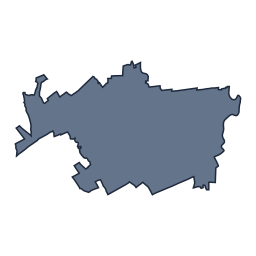 the district of Probota, Iasi, Romania
{"feature_id": "2599482B12460610774115", "entity_name": "Probota", "entity_type": "district", "adm_level": 2, "iso_a3": "ROU", "parent_name": "Romania", "parent_adm1": "Iasi", "projection": "orthographic", "projection_center": [27.465, 47.391], "detail": "fine", "context": "isolated", "style": "filled", "palette": "slate", "viewbox_px": 256, "rotation_deg": 0, "n_neighbors": 0, "source": "geoboundaries", "source_scale": "gbopen_adm2", "svg_char_len": 5561}
<svg xmlns="http://www.w3.org/2000/svg" viewBox="0 0 256 256"><path d="M92.9,76.5L77.9,91.0L76.6,91.8L75.3,92.9L73.7,93.8L72.9,94.5L71.1,95.6L69.7,94.6L68.2,93.9L68.0,93.7L67.4,92.8L66.3,92.1L63.5,94.3L61.4,95.7L59.9,97.0L59.3,96.2L58.2,94.1L56.6,91.5L54.5,92.8L47.3,98.6L48.3,100.6L46.6,101.8L44.6,103.4L44.1,103.3L43.5,102.8L43.3,102.4L42.6,100.9L41.5,98.3L39.4,95.8L39.5,94.0L39.4,92.6L40.5,87.9L40.4,87.7L40.6,86.8L40.9,84.4L41.3,82.7L41.6,82.4L43.4,81.5L44.6,80.4L45.2,80.0L46.2,79.4L47.3,79.0L47.1,78.8L43.8,74.8L36.2,77.9L36.1,79.7L35.7,81.5L36.3,81.5L36.5,81.6L37.9,83.3L37.4,85.0L37.3,86.1L36.7,87.9L36.6,88.5L36.4,88.5L36.1,89.0L35.5,90.7L34.9,93.2L34.0,95.3L32.9,94.9L32.5,94.7L32.2,94.7L30.5,94.9L29.6,95.2L29.1,95.6L27.8,95.1L26.1,94.7L25.5,94.3L25.1,93.7L24.9,92.6L23.8,92.4L23.1,92.8L22.9,93.1L23.1,93.9L23.7,96.0L24.4,99.4L24.5,100.6L24.5,101.2L24.3,101.9L24.1,102.3L23.9,102.5L24.7,103.4L24.9,103.9L25.0,104.2L24.8,105.3L25.1,106.4L26.2,108.4L26.2,108.7L26.0,110.1L26.1,110.5L26.3,111.3L28.0,114.5L28.9,116.8L29.7,119.5L30.4,122.2L31.0,125.3L30.9,127.8L30.7,129.6L30.7,130.0L31.2,131.4L31.2,132.1L31.1,133.7L30.9,134.3L31.0,134.9L31.1,135.8L28.8,133.8L21.8,128.2L19.5,125.8L19.3,125.8L19.2,126.1L18.6,126.5L16.2,128.1L24.6,139.0L15.4,143.8L15.4,144.2L15.9,145.9L15.9,148.2L16.2,149.0L16.8,150.0L16.9,150.5L17.0,151.8L17.1,152.0L16.8,152.5L16.8,154.6L16.5,155.5L16.5,156.1L17.1,155.6L18.4,154.3L21.7,152.0L24.7,149.7L28.4,146.6L37.3,140.5L37.7,139.8L39.2,138.6L46.4,134.7L46.9,134.4L47.5,134.1L48.5,133.3L49.4,132.8L50.0,132.3L51.6,131.7L52.8,131.0L53.2,131.7L53.3,132.2L53.9,133.1L54.0,133.4L54.0,133.9L53.9,134.1L54.0,135.1L54.0,135.6L54.2,136.6L60.6,134.1L60.8,134.9L67.3,132.0L67.6,132.1L69.9,135.7L70.1,136.4L70.3,138.4L70.5,138.9L73.2,139.1L75.0,138.2L74.9,139.1L74.9,140.8L76.2,142.3L77.7,142.3L78.2,142.9L78.3,143.5L78.0,145.1L77.5,146.4L78.4,148.2L78.9,147.9L78.5,146.9L79.6,146.8L80.6,146.5L80.8,146.5L81.0,146.9L81.0,147.4L80.8,147.4L80.8,147.5L80.9,147.9L80.0,149.0L79.6,149.3L79.5,149.5L79.4,149.8L79.9,151.3L79.7,151.6L79.9,152.3L80.1,152.9L81.3,154.6L81.5,155.0L82.0,155.6L82.9,156.3L83.3,157.2L83.9,157.6L84.6,158.0L85.4,158.2L86.2,158.0L86.7,158.2L87.0,158.4L87.5,158.9L88.3,160.6L88.7,161.1L89.3,161.4L90.0,162.1L90.2,163.9L90.6,164.6L88.0,166.9L88.2,167.4L88.0,167.7L87.3,167.9L87.1,167.9L86.1,168.9L85.5,168.9L85.2,168.7L84.1,167.4L82.5,166.2L81.7,165.3L80.4,164.2L79.6,162.9L79.2,162.5L74.2,165.7L79.2,173.3L72.3,177.0L74.5,179.9L76.6,183.0L79.0,186.7L79.5,187.6L79.8,188.5L81.6,188.8L83.0,190.1L83.9,190.7L87.6,192.0L88.6,192.2L88.8,192.3L89.9,191.5L90.2,191.4L90.9,190.7L93.0,189.7L98.5,187.7L97.0,184.7L96.6,184.2L95.3,181.7L98.4,180.2L100.6,179.8L102.7,184.4L103.3,186.0L103.5,186.4L104.2,187.0L104.5,187.3L105.7,189.2L106.1,190.6L106.3,191.5L107.2,192.9L107.6,194.1L107.9,194.6L125.4,184.8L128.6,182.8L129.2,181.9L129.4,181.9L134.5,185.4L136.1,187.5L138.4,185.6L142.9,182.3L143.9,183.3L148.3,187.1L149.7,189.6L150.7,191.4L151.4,192.7L151.9,193.8L152.4,194.7L155.1,193.2L173.6,185.5L178.8,183.1L187.8,179.3L191.5,177.5L193.8,176.6L194.2,179.3L194.4,180.2L194.6,181.4L194.7,183.0L194.1,185.5L193.3,187.9L194.1,187.8L197.1,186.7L199.2,186.7L200.6,186.9L201.0,188.2L201.5,188.2L203.1,187.7L203.1,185.2L204.7,185.2L205.3,186.8L205.7,188.0L206.6,189.8L206.8,189.8L208.8,189.8L208.8,182.4L209.5,182.2L215.3,182.5L215.8,168.1L216.4,167.4L218.0,166.4L218.3,166.0L218.3,165.4L217.2,163.2L216.7,161.8L216.0,160.6L214.4,157.4L214.3,157.0L214.3,156.7L218.7,155.0L219.0,154.7L219.5,154.4L220.5,153.9L222.7,152.1L224.0,150.7L223.5,149.5L222.0,148.1L221.4,146.9L221.5,146.0L221.8,145.3L222.5,144.4L223.3,143.8L224.1,142.8L224.3,142.5L224.4,141.7L224.4,140.9L224.2,140.2L222.8,137.6L222.4,136.0L222.4,134.6L223.3,131.4L223.6,129.8L223.7,128.5L223.5,126.5L223.4,124.7L223.5,122.9L223.9,121.5L224.2,120.8L224.9,119.9L226.4,118.4L229.5,115.6L230.9,114.8L231.7,114.5L232.8,114.5L234.5,115.3L235.7,115.6L236.7,115.5L237.2,115.3L237.6,114.9L238.2,113.9L238.8,112.8L239.0,111.8L239.1,108.5L239.5,104.9L240.0,103.3L240.2,102.3L240.3,100.6L240.6,99.1L240.6,98.3L240.2,97.2L239.0,95.7L238.6,95.4L238.3,95.3L237.7,95.5L237.5,95.9L236.7,97.8L235.7,99.1L234.6,99.6L233.5,99.7L231.8,99.1L230.1,97.3L229.3,95.7L228.8,93.5L228.8,92.2L229.0,89.7L229.3,86.5L227.4,86.5L227.3,87.1L225.6,87.4L225.6,88.3L224.0,88.4L221.6,88.9L221.5,89.7L219.5,89.7L218.4,89.5L218.5,87.5L214.6,88.0L212.0,88.0L208.7,88.6L207.0,88.7L204.9,89.1L202.3,89.5L196.7,90.0L197.1,88.0L177.0,90.8L171.8,91.2L171.9,89.3L165.8,90.0L161.7,90.4L160.7,88.9L160.3,88.6L160.0,85.8L149.1,87.1L148.3,84.6L147.9,83.9L146.4,83.1L145.7,83.1L145.5,82.9L145.5,82.7L146.1,82.2L146.2,81.9L145.9,81.3L145.7,81.2L145.8,81.0L147.3,80.8L148.0,80.8L148.0,79.6L148.3,76.6L147.6,75.1L147.1,74.5L146.4,74.0L145.5,73.6L144.3,73.4L143.1,73.1L142.4,72.7L141.8,72.2L141.4,71.7L141.0,70.8L140.5,68.4L140.4,64.4L140.5,62.8L140.5,62.5L136.5,64.5L135.3,65.0L136.0,67.3L134.7,67.9L134.4,68.0L134.0,67.8L134.0,67.5L133.9,67.4L133.8,66.8L133.9,65.9L133.1,63.3L132.4,62.2L132.2,61.3L131.9,61.3L131.2,62.0L131.1,63.0L130.5,64.8L129.3,65.0L128.9,64.6L127.2,64.6L126.2,65.1L125.2,65.4L124.2,65.6L123.2,66.1L122.7,74.4L122.7,75.6L114.4,75.8L111.5,76.0L111.4,78.4L107.8,78.5L108.0,79.7L108.0,80.2L107.9,80.8L107.9,82.2L107.7,82.9L107.1,83.2L106.5,83.3L102.7,87.3L101.4,85.7L100.7,84.5L99.4,82.6L98.2,83.4L98.0,83.1L98.0,82.9L98.0,82.5L98.2,82.3L98.2,82.0L98.1,81.4L96.5,79.3L96.2,79.1L95.4,78.9L95.0,78.6L94.7,78.4L94.6,77.6L94.0,77.1L93.9,76.8L93.1,76.7L92.9,76.5Z" fill="#64748b" stroke="#1e293b" stroke-width="1.5"/></svg>